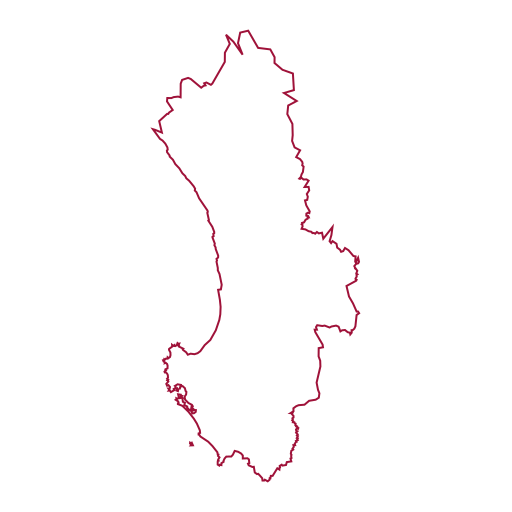 outline of West Coast, Western Cape, South Africa
{"feature_id": "47623444B37444115609272", "entity_name": "West Coast", "entity_type": "district", "adm_level": 2, "iso_a3": "ZAF", "parent_name": "South Africa", "parent_adm1": "Western Cape", "projection": "mercator", "projection_center": [18.155, -32.059], "detail": "fine", "context": "isolated", "style": "outline", "palette": "rose", "viewbox_px": 512, "rotation_deg": 0, "n_neighbors": 0, "source": "geoboundaries", "source_scale": "gbopen_adm2", "svg_char_len": 6095}
<svg xmlns="http://www.w3.org/2000/svg" viewBox="0 0 512 512"><path d="M355.4,326.3L356.6,315.0L359.1,313.2L358.0,311.5L356.6,311.5L353.0,303.4L349.0,296.5L346.5,286.0L356.2,280.7L356.6,279.8L355.7,279.4L355.5,278.5L356.7,276.6L356.5,274.8L357.4,274.3L356.3,273.4L357.3,270.8L355.7,268.5L354.7,269.1L355.3,268.2L354.3,266.1L356.1,263.9L358.2,263.3L359.0,261.8L358.1,257.8L355.8,262.6L355.2,261.6L355.6,256.4L353.4,256.0L348.5,250.2L345.0,248.0L343.2,251.1L341.1,251.8L340.0,249.7L337.2,247.6L336.5,243.8L332.5,241.1L331.1,243.1L329.6,241.2L331.4,235.1L332.5,227.0L323.3,238.7L322.0,232.7L318.8,233.4L316.9,232.0L315.2,233.7L313.9,233.0L312.4,233.1L311.4,231.8L308.6,231.2L305.4,229.4L301.6,228.8L302.6,226.4L302.4,225.0L301.7,224.3L302.4,223.8L302.1,222.9L304.1,222.3L305.6,219.7L307.7,218.6L307.9,217.4L308.8,217.4L308.3,216.3L307.5,216.6L307.4,215.8L306.3,215.6L306.4,213.6L308.0,212.7L309.3,213.1L309.7,211.4L306.3,205.4L305.0,200.4L307.2,199.9L307.8,196.7L306.8,194.0L309.2,190.4L308.6,186.9L304.6,187.0L308.6,180.7L306.5,179.4L303.5,179.5L301.3,177.7L300.0,178.9L299.3,178.6L300.9,176.9L301.5,174.5L302.9,172.0L303.6,166.6L302.2,165.3L302.6,163.5L302.2,161.8L300.0,159.1L296.2,157.1L300.1,150.3L294.6,147.4L292.1,140.9L292.7,135.2L292.4,123.9L287.3,114.1L288.2,105.5L296.7,101.0L284.0,93.0L293.9,90.1L292.9,73.5L282.5,69.8L274.5,63.0L274.6,57.2L270.3,49.4L258.1,47.9L248.2,30.7L240.2,32.6L238.0,43.2L242.6,54.7L233.4,41.7L226.0,34.7L229.8,43.9L224.9,52.7L224.8,61.9L212.3,83.6L210.9,84.8L206.4,82.5L204.2,83.3L205.5,85.4L203.7,85.8L201.2,87.7L190.8,79.0L188.1,77.9L182.1,79.9L180.7,83.7L180.6,97.3L178.1,96.6L173.7,97.1L171.3,98.1L167.3,98.0L167.0,101.4L172.7,110.0L169.0,112.6L168.3,113.9L167.1,113.9L159.2,121.1L161.9,132.6L155.0,129.8L152.9,129.2L160.0,138.9L162.5,140.5L165.3,143.6L167.4,147.4L167.7,149.7L166.9,150.5L167.1,152.2L169.6,155.5L169.7,156.6L172.9,159.7L175.3,164.1L179.3,168.3L182.4,173.3L185.2,176.0L186.3,178.3L189.1,180.7L193.7,186.3L195.1,188.7L194.8,190.5L196.5,192.2L199.1,198.3L207.5,210.6L207.8,211.9L207.3,212.8L208.9,220.0L208.3,220.6L212.3,226.8L214.2,231.8L214.2,233.2L213.3,233.8L213.6,236.2L212.5,236.8L212.5,237.5L214.8,243.6L214.4,245.2L215.6,247.4L215.7,249.0L218.2,255.7L218.1,257.5L216.5,258.9L217.0,260.5L216.5,261.6L217.8,268.0L217.8,270.3L219.5,274.0L221.7,284.8L220.9,289.4L218.1,289.8L219.9,299.9L220.6,306.9L220.3,314.3L219.3,320.0L215.8,330.3L210.3,340.0L204.7,345.1L200.3,351.2L197.6,353.2L194.5,354.2L190.6,353.7L187.8,354.7L186.2,352.3L183.0,349.9L182.6,349.0L183.1,348.6L178.8,346.5L178.4,345.6L179.0,345.1L178.7,344.5L179.2,343.6L178.2,343.7L177.5,343.1L176.8,345.1L175.3,346.1L174.4,346.0L174.3,345.1L173.2,345.8L172.1,344.9L172.2,346.6L169.1,348.9L169.0,349.8L170.4,352.5L170.5,355.1L170.0,357.0L168.5,358.1L167.6,357.3L167.4,358.7L165.8,358.7L164.8,359.7L164.2,359.2L163.9,360.2L163.1,360.3L163.6,361.5L165.1,362.5L164.9,363.1L165.7,362.8L167.1,364.0L167.6,365.7L167.5,368.4L165.4,369.3L165.3,369.9L165.9,370.4L164.5,371.6L164.8,372.4L165.7,372.3L167.1,373.6L167.8,375.1L168.0,377.6L167.1,378.7L167.8,379.3L167.4,380.0L168.2,380.0L167.8,381.5L167.1,381.6L168.0,381.9L166.3,383.9L167.1,385.7L168.4,385.1L170.0,387.0L169.6,388.7L168.4,388.6L169.3,389.9L168.8,390.6L169.8,390.5L170.9,392.1L174.1,390.2L173.7,389.0L175.1,388.4L177.7,389.6L177.9,390.6L177.2,390.8L177.9,391.1L178.2,389.8L177.1,388.2L176.5,388.6L175.3,387.8L175.6,386.4L175.0,385.9L177.6,384.3L180.9,384.9L179.4,389.4L181.0,386.0L182.6,386.1L184.9,388.2L185.6,391.0L186.4,391.9L186.1,394.5L184.6,396.7L185.1,399.6L188.4,403.0L191.9,404.8L192.8,406.3L191.8,407.8L192.6,408.4L191.7,408.7L191.3,407.9L191.1,409.0L193.4,409.6L193.7,409.9L193.3,410.2L194.2,410.8L193.9,410.5L194.3,410.0L195.9,410.1L195.7,411.9L194.0,413.2L192.5,413.4L191.9,412.7L191.9,411.5L188.9,409.5L187.1,407.5L187.2,406.5L184.3,405.1L184.9,402.8L182.9,401.8L182.5,399.0L182.9,398.3L181.9,397.8L179.2,398.2L179.6,397.4L181.9,397.1L181.5,396.3L181.9,395.9L180.8,395.7L180.8,394.7L178.1,394.3L178.9,397.6L177.4,398.8L176.4,398.3L176.5,399.2L175.7,399.8L178.2,401.4L178.6,402.8L177.9,403.3L177.9,404.1L181.9,405.6L183.2,406.6L188.5,411.8L193.8,418.6L196.9,423.6L199.8,430.2L200.1,432.9L198.6,433.4L198.6,434.6L199.3,434.8L200.4,436.5L208.2,441.7L212.5,446.1L217.4,452.3L217.7,454.4L218.4,454.6L218.0,455.9L219.5,457.4L218.2,459.5L218.6,460.6L217.9,460.7L217.7,461.7L217.7,464.6L219.3,465.6L219.7,464.8L221.4,465.1L221.4,463.2L223.6,461.8L223.5,460.9L224.6,458.5L226.3,456.6L231.3,456.5L232.9,454.7L234.7,450.9L238.2,451.8L241.1,453.5L242.8,455.5L242.8,458.5L247.5,458.3L248.9,459.4L249.3,463.1L248.0,463.7L248.7,465.3L252.4,467.0L253.8,466.8L254.8,472.5L257.0,474.1L258.2,473.8L260.0,475.7L262.2,478.2L262.5,480.5L264.2,480.5L264.8,479.7L267.7,481.3L269.5,479.8L269.7,478.2L270.4,478.3L270.8,475.9L272.6,475.9L277.3,468.3L279.4,469.6L279.6,467.6L280.0,467.4L279.7,465.9L281.7,464.7L282.4,465.6L286.0,465.0L286.8,462.1L291.3,461.4L290.5,458.5L291.5,458.0L291.1,455.9L291.5,454.9L290.8,453.8L291.3,450.8L293.2,449.6L292.5,448.7L293.8,446.9L293.4,445.1L295.1,445.1L294.7,443.9L295.9,442.0L296.5,441.8L296.0,440.9L297.7,440.1L297.2,439.4L297.8,438.4L296.8,438.0L297.9,436.1L296.9,435.5L297.7,434.4L296.1,432.7L297.4,431.3L296.3,430.9L296.0,429.5L296.7,428.7L298.1,428.8L298.3,428.0L297.2,427.6L297.3,426.7L296.2,426.4L296.4,425.8L295.4,425.3L295.6,423.7L294.7,423.3L294.4,422.3L292.9,422.2L293.2,421.2L292.2,420.3L292.8,419.5L292.4,418.3L293.5,417.5L293.5,415.9L291.9,414.1L292.4,413.2L290.6,413.1L293.5,411.2L293.4,408.3L296.2,406.2L298.6,405.2L304.5,404.7L309.1,400.8L315.7,399.7L318.8,397.7L319.4,393.3L318.0,389.8L316.6,382.6L320.4,366.5L320.2,360.7L318.6,356.4L318.7,348.1L323.0,347.3L322.6,344.6L315.3,332.1L314.7,329.7L316.9,329.7L316.0,327.1L317.2,325.2L322.3,326.0L324.7,325.6L329.6,327.5L331.5,326.5L336.1,325.6L338.6,326.7L340.4,331.4L342.1,330.3L345.0,330.0L347.7,332.2L349.9,332.7L350.3,334.4L351.7,332.7L351.6,330.2L352.6,330.2L354.3,328.7L355.4,326.3ZM190.1,442.7L190.0,443.4L191.3,444.9L190.9,445.4L192.9,445.3L191.8,442.8L191.1,443.5L190.1,442.7Z" fill="none" stroke="#9f1239" stroke-width="2"/></svg>